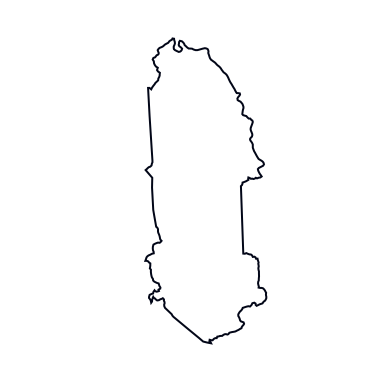 the district of Manoel Vitorino, Bahia, Brazil, rotated 60°
{"feature_id": "56859067B7566459319079", "entity_name": "Manoel Vitorino", "entity_type": "district", "adm_level": 2, "iso_a3": "BRA", "parent_name": "Brazil", "parent_adm1": "Bahia", "projection": "orthographic", "projection_center": [-40.553, -14.068], "detail": "fine", "context": "isolated", "style": "outline", "palette": "ink", "viewbox_px": 384, "rotation_deg": 60, "n_neighbors": 0, "source": "geoboundaries", "source_scale": "gbopen_adm2", "svg_char_len": 5101}
<svg xmlns="http://www.w3.org/2000/svg" viewBox="0 0 384 384"><g transform="rotate(60 192 192)"><path d="M58.4,124.8L56.4,125.4L55.0,126.9L55.7,128.2L56.9,129.0L58.0,130.0L59.4,130.1L61.2,129.3L62.9,128.9L63.8,129.8L64.3,130.8L64.5,131.9L64.1,133.4L62.3,134.7L60.6,135.8L59.2,136.2L58.1,135.8L56.8,135.0L55.8,133.6L54.8,132.5L53.3,131.8L51.6,131.5L50.3,130.9L49.3,132.1L50.1,133.4L50.0,134.8L50.1,136.2L50.9,138.0L50.8,140.1L50.8,141.8L51.2,143.4L51.4,144.8L51.2,146.7L51.0,148.1L51.4,149.6L52.0,150.8L53.5,151.1L55.0,151.3L55.8,152.0L56.1,153.0L55.9,154.2L56.5,155.6L56.9,156.6L56.6,158.4L57.6,159.8L59.7,159.7L61.5,160.5L63.1,160.7L65.3,160.5L67.3,159.5L68.9,161.3L70.6,161.2L72.7,160.2L73.9,161.1L75.0,161.8L76.0,162.9L76.9,164.4L78.4,165.5L78.8,167.2L79.3,169.3L80.0,170.5L80.4,171.6L80.9,172.8L81.4,173.9L81.9,174.8L82.7,176.0L81.5,176.4L80.5,176.9L79.9,178.0L105.1,190.8L145.1,210.6L146.5,211.4L147.4,212.6L148.8,213.8L149.2,215.5L148.9,217.0L149.1,218.2L149.5,219.6L149.8,221.2L158.7,219.5L159.8,219.3L168.2,224.4L188.1,234.5L191.6,235.8L193.2,236.4L204.2,240.4L205.4,239.9L207.2,240.0L209.0,241.1L210.4,241.6L212.4,241.8L214.3,242.2L215.7,242.7L217.3,243.2L219.1,242.8L219.7,244.4L219.8,245.4L218.8,246.8L218.5,248.4L218.3,250.1L218.3,251.7L219.1,252.5L219.9,253.3L221.3,254.2L222.9,254.9L224.6,255.1L226.0,255.8L225.5,257.4L225.4,259.9L225.2,261.3L225.4,262.9L225.9,264.1L227.1,265.4L228.3,266.8L228.9,265.7L230.1,264.7L231.7,264.4L233.0,263.8L235.0,265.0L236.2,265.9L237.1,266.7L238.7,266.4L240.7,267.6L242.8,268.5L244.6,269.1L245.9,269.4L247.7,269.3L249.3,269.9L250.9,269.4L252.4,268.4L253.5,267.6L254.5,266.6L257.1,267.2L258.9,267.1L259.8,267.8L259.8,269.8L261.2,270.1L261.0,271.4L260.5,272.7L259.4,273.5L258.4,273.6L259.2,275.3L260.4,276.4L260.1,277.9L259.9,280.1L261.2,281.5L262.2,282.2L263.7,282.0L264.7,281.9L266.0,282.2L267.5,282.7L266.9,281.4L265.7,280.6L264.3,279.2L263.4,278.0L264.5,278.0L265.7,277.3L266.8,277.1L268.5,276.4L269.1,274.9L269.1,272.9L269.4,271.6L269.4,270.4L271.0,270.0L272.1,270.7L273.5,270.8L274.7,271.4L275.6,272.4L277.0,273.1L278.9,273.3L287.7,270.7L289.2,270.8L290.8,270.5L309.5,263.6L322.0,258.9L327.1,257.1L330.0,254.1L332.6,251.1L331.2,251.0L329.9,251.5L328.8,250.6L330.1,249.3L330.7,248.3L330.1,246.4L330.2,244.8L330.9,243.7L329.9,242.4L330.4,241.2L330.7,239.6L331.7,237.8L331.4,236.1L331.6,234.6L332.1,233.6L333.1,232.7L333.3,231.6L332.6,230.0L333.0,228.4L333.4,227.1L334.0,225.6L334.5,224.0L334.5,222.7L334.7,220.5L334.6,218.8L334.7,217.3L333.8,216.4L333.2,215.1L332.8,213.8L332.2,212.8L330.7,212.5L329.6,213.4L328.4,214.4L327.1,214.5L325.6,214.1L324.2,213.9L322.5,213.9L321.1,213.1L320.3,211.8L319.6,210.4L319.2,208.6L318.5,207.0L317.7,206.0L318.0,204.7L318.3,203.2L318.6,201.9L319.1,200.3L320.2,199.0L319.6,196.9L318.5,195.3L319.0,193.4L320.4,192.7L321.6,193.3L322.9,192.9L323.0,191.5L323.1,189.6L323.7,186.7L322.8,184.8L322.6,182.9L321.4,181.0L320.1,180.1L318.6,179.6L317.5,179.1L316.4,178.2L315.1,178.2L314.0,178.1L312.6,178.2L311.0,178.6L309.9,179.6L309.2,180.9L308.1,182.1L307.3,181.4L305.7,181.0L304.2,180.5L302.8,179.5L302.0,178.4L301.0,177.8L299.9,177.1L298.7,176.2L297.6,175.6L296.1,174.8L294.2,173.7L292.7,173.3L291.1,172.6L289.9,171.5L288.6,170.9L287.3,170.5L286.4,169.6L285.2,169.3L284.0,169.1L282.5,168.6L281.8,169.9L280.4,169.7L279.3,170.2L278.6,171.8L276.9,171.7L275.6,172.2L274.7,173.5L273.5,174.5L272.1,175.5L271.9,177.1L271.0,178.4L211.4,146.7L210.9,145.1L210.1,144.2L209.1,143.5L209.4,142.0L209.7,140.0L209.7,138.5L209.7,137.1L208.4,136.6L207.6,135.9L208.6,135.1L210.1,134.3L210.5,133.2L211.4,132.4L211.8,131.0L211.6,129.6L212.7,128.9L213.0,127.0L213.6,125.5L213.4,123.9L211.8,124.0L210.0,124.2L207.5,124.1L206.3,123.9L205.1,123.5L204.6,122.1L204.7,119.9L204.8,117.2L204.0,115.8L202.2,115.4L200.7,115.7L199.4,116.3L198.2,117.0L196.7,117.8L194.5,117.9L192.6,117.9L189.8,117.8L187.6,117.8L185.8,117.5L184.1,117.2L182.3,116.2L181.3,115.6L179.6,115.4L178.0,115.5L176.5,115.7L175.2,115.3L174.5,114.2L174.0,112.4L172.9,111.3L171.8,110.8L169.9,110.5L168.3,110.3L167.2,110.0L166.1,109.3L165.2,108.3L164.2,107.1L163.3,106.0L162.5,105.1L161.7,104.3L160.3,104.0L159.1,104.6L157.6,104.8L156.7,106.2L155.0,106.7L153.4,107.0L152.3,108.1L151.0,109.3L149.7,109.5L148.8,108.8L147.5,107.8L146.3,106.8L145.2,105.6L144.1,104.9L142.4,104.5L140.7,104.3L139.2,104.6L138.0,104.8L136.6,105.8L135.3,106.5L133.8,106.0L133.0,104.8L132.4,103.0L131.7,101.7L130.5,101.3L129.5,102.5L128.7,103.8L127.0,103.9L125.1,103.8L123.9,103.7L122.5,103.8L120.8,103.8L119.2,103.8L118.0,103.8L116.6,103.9L115.5,103.9L114.1,103.8L112.9,103.7L111.4,103.5L110.1,103.4L108.6,103.4L107.5,103.5L105.9,104.0L104.1,104.8L102.4,105.0L100.9,105.2L99.5,105.2L98.2,105.4L97.0,105.7L95.1,106.5L93.7,106.9L92.5,107.1L91.1,107.5L89.4,108.3L88.2,108.8L86.9,109.4L85.0,109.5L83.4,109.2L82.3,108.9L81.1,108.7L79.7,108.4L78.8,107.6L77.5,107.1L76.1,107.0L75.0,107.7L73.9,108.9L73.2,111.1L72.7,113.1L72.2,115.1L71.8,116.5L70.9,118.0L69.4,119.4L67.9,120.3L66.9,121.8L66.1,123.1L64.9,123.7L63.8,124.1L62.6,124.4L61.2,124.9L59.8,124.7L58.4,124.8Z" fill="none" stroke="#020617" stroke-width="2"/></g></svg>